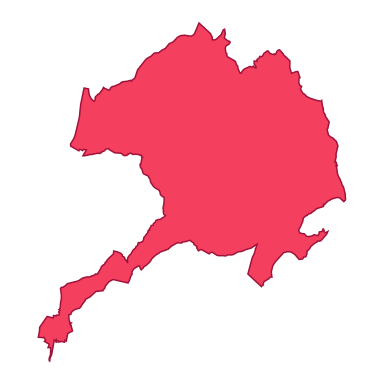 the district of Nicolás Bravo, Puebla, Mexico
{"feature_id": "50627088B2780893522991", "entity_name": "Nicolás Bravo", "entity_type": "district", "adm_level": 2, "iso_a3": "MEX", "parent_name": "Mexico", "parent_adm1": "Puebla", "projection": "natural_earth1", "projection_center": [-97.351, 18.613], "detail": "fine", "context": "isolated", "style": "filled", "palette": "rose", "viewbox_px": 384, "rotation_deg": 0, "n_neighbors": 0, "source": "geoboundaries", "source_scale": "gbopen_adm2", "svg_char_len": 5898}
<svg xmlns="http://www.w3.org/2000/svg" viewBox="0 0 384 384"><path d="M86.5,277.0L82.7,278.0L78.3,280.9L67.3,283.7L65.5,285.7L64.2,286.3L63.4,287.2L61.6,287.3L60.5,288.3L61.4,295.3L61.3,299.1L60.6,302.5L60.1,308.2L58.9,309.6L60.0,310.4L58.6,312.1L59.4,313.0L59.1,315.0L56.4,315.2L56.2,315.9L53.5,315.5L53.2,317.9L47.1,316.5L39.7,327.2L39.4,331.6L38.3,337.2L42.8,337.7L43.9,337.3L45.6,340.1L44.4,341.4L49.3,344.2L48.0,347.6L50.7,347.7L50.5,354.7L49.5,357.2L49.1,359.2L49.2,360.6L49.7,361.0L50.1,357.9L51.6,354.8L54.3,340.0L55.1,340.7L56.2,339.8L56.0,342.8L56.7,340.8L58.5,341.1L58.3,342.1L61.9,341.5L64.6,342.2L65.0,340.2L66.3,341.0L67.7,333.5L72.5,331.0L71.0,325.2L70.7,325.4L69.8,323.8L71.2,323.0L70.3,322.7L69.5,321.5L69.0,319.6L68.8,314.7L70.8,314.4L71.4,312.5L72.9,310.8L75.6,309.2L79.3,308.3L80.6,307.2L82.0,304.7L85.2,300.6L85.3,299.5L90.3,296.7L95.8,291.5L103.0,290.7L103.2,289.9L104.6,288.5L105.5,285.9L108.9,281.8L113.0,279.5L128.1,283.0L128.3,282.1L129.2,281.0L131.2,275.2L132.1,274.3L131.9,272.1L133.3,269.4L135.5,267.7L138.5,266.0L139.4,265.9L140.6,269.1L141.3,269.8L142.9,268.3L144.4,266.2L145.6,265.8L149.7,262.2L152.2,258.3L155.6,255.2L159.3,252.9L160.1,252.1L168.2,249.2L171.2,246.3L177.2,242.8L181.7,243.0L182.8,241.9L185.4,241.7L189.8,240.3L194.0,243.3L193.8,244.2L197.0,246.7L196.7,247.9L198.4,250.8L201.1,249.4L209.2,253.9L210.7,252.5L212.1,252.2L217.0,255.3L218.9,255.7L222.7,255.6L224.4,255.9L226.1,255.8L228.1,254.8L230.6,255.0L233.2,254.6L238.0,251.9L241.8,251.4L245.9,249.6L251.3,248.0L257.0,244.2L255.9,248.2L255.4,248.6L255.4,249.9L254.2,253.7L252.3,257.5L247.9,274.0L261.4,286.6L262.0,285.7L263.0,285.4L263.6,282.3L265.0,281.0L268.6,278.9L270.6,276.8L271.9,277.1L271.3,271.7L272.8,265.7L275.2,262.0L283.6,252.7L287.1,251.7L289.9,251.8L291.5,252.3L295.0,254.6L299.1,259.5L302.4,259.0L302.9,258.7L303.5,257.1L305.8,256.8L306.9,254.0L307.1,251.1L308.3,250.2L310.4,247.5L310.8,246.4L314.9,243.1L316.8,242.2L318.0,240.9L319.3,241.2L321.0,240.6L326.7,234.1L327.8,231.5L326.1,232.5L325.3,232.5L324.3,231.6L323.6,229.2L323.2,228.9L322.0,231.5L319.3,231.9L319.0,233.9L317.6,235.6L314.1,234.7L311.6,236.1L308.5,236.6L306.4,236.2L304.5,233.9L300.6,233.3L299.2,232.0L298.8,229.5L300.4,226.9L302.9,220.9L303.3,218.0L306.3,215.5L307.1,215.5L308.0,214.5L311.7,212.8L311.9,212.2L313.5,211.4L316.7,208.6L323.5,206.5L323.3,203.7L324.0,205.0L327.7,201.3L331.9,199.0L335.6,197.8L338.0,197.5L339.7,197.8L343.8,201.6L345.2,200.3L345.7,198.6L345.3,197.5L345.3,194.3L343.4,186.7L342.0,184.9L341.5,182.4L340.5,180.9L340.3,179.7L338.3,176.1L337.5,173.7L336.6,167.2L336.1,166.0L337.3,165.7L336.8,164.4L336.3,164.7L336.4,162.9L336.1,162.1L334.9,162.1L336.1,157.3L336.1,153.6L337.9,145.9L336.4,141.5L332.6,137.8L330.9,137.1L328.6,135.2L327.0,129.4L327.8,128.5L329.2,122.0L325.5,116.4L325.2,114.8L323.5,112.2L323.3,108.5L322.3,105.5L321.7,100.6L321.2,101.2L316.4,100.3L309.5,98.0L306.6,96.4L304.3,94.0L303.2,93.7L300.5,89.2L301.6,86.4L299.7,85.2L298.8,82.5L299.0,78.3L300.0,77.7L297.9,71.6L296.4,71.5L291.5,73.3L289.8,68.0L289.9,60.9L285.4,56.5L283.9,55.5L283.2,53.8L279.5,49.8L278.1,50.2L276.9,51.4L275.9,53.8L275.2,54.5L274.6,54.6L274.3,53.9L272.7,54.5L269.8,53.3L268.2,51.0L267.1,51.0L263.9,53.4L262.2,56.6L259.8,56.4L259.4,57.6L256.9,59.7L257.0,61.3L254.1,61.0L254.2,64.0L255.8,66.3L256.2,67.7L255.2,67.9L253.8,66.8L253.5,66.1L251.7,67.2L250.0,66.4L244.4,69.0L242.9,70.3L241.0,73.3L240.1,73.1L238.1,68.9L237.7,66.1L236.3,64.4L235.7,62.0L234.6,60.7L227.5,56.8L226.7,54.9L226.8,53.5L226.1,53.2L225.8,52.5L225.3,48.8L225.5,47.1L226.4,45.6L228.9,44.3L229.1,43.3L230.0,42.8L230.2,42.2L229.7,41.4L227.6,40.7L224.7,38.3L224.4,37.6L225.3,33.7L224.6,29.2L223.3,29.8L221.2,34.6L217.1,38.5L215.1,39.9L212.3,39.8L212.2,37.1L210.4,33.5L199.0,23.0L194.4,33.9L192.9,35.3L191.1,36.1L189.8,36.1L184.7,35.2L180.6,35.6L177.5,37.3L173.0,42.0L169.1,43.8L165.3,48.5L162.2,50.0L158.7,52.7L154.3,53.1L150.9,56.3L148.1,57.7L145.8,59.5L137.7,69.7L134.8,78.2L131.9,80.3L131.4,81.1L130.7,80.3L130.2,80.4L126.5,81.5L126.1,81.3L122.3,81.9L122.1,82.3L121.0,82.6L119.7,83.9L114.0,86.3L112.2,86.6L110.5,88.0L110.2,88.9L109.1,90.3L104.4,88.2L103.5,87.4L102.0,90.4L100.6,91.8L99.5,93.7L98.3,94.0L95.3,97.0L95.2,98.4L95.5,98.5L94.8,100.6L93.8,101.3L90.9,98.3L89.7,95.9L89.0,93.6L88.5,88.9L84.1,88.0L80.7,104.3L79.3,117.7L75.2,134.9L73.9,138.5L70.6,143.8L70.6,146.1L78.9,150.8L79.7,149.3L82.7,150.6L83.6,149.4L86.4,149.9L82.9,155.8L83.6,155.9L88.6,155.0L89.7,154.5L91.2,154.6L97.6,153.2L99.8,153.5L101.0,152.5L101.5,152.6L101.6,152.0L104.7,150.7L105.7,149.2L108.3,148.6L108.9,149.3L109.6,149.5L109.7,149.9L114.7,152.8L120.7,153.2L122.0,153.8L122.4,154.5L124.5,155.7L125.4,155.4L126.2,155.6L127.9,154.7L128.2,153.8L128.7,154.0L130.5,153.1L133.1,154.5L134.4,154.2L137.6,154.4L138.9,154.6L139.5,155.1L140.1,154.9L141.5,155.4L141.5,156.8L142.6,157.3L141.8,158.2L140.9,163.9L140.0,164.2L140.5,167.4L141.8,169.1L143.3,173.6L146.1,175.1L146.8,175.1L148.5,176.4L148.6,177.1L150.0,179.2L150.6,182.2L153.4,186.4L156.3,188.7L158.8,189.9L160.0,192.1L160.2,193.9L160.8,195.1L162.9,196.9L164.2,197.4L164.0,202.9L163.0,208.2L163.5,211.1L163.3,212.1L163.9,214.5L165.4,215.6L164.1,216.9L161.6,218.3L160.4,219.4L158.7,219.4L156.0,220.4L155.0,222.4L153.4,223.6L153.2,225.1L151.2,225.5L150.8,226.9L149.1,229.3L149.6,230.2L148.1,230.7L147.6,233.0L146.5,234.0L144.8,236.6L144.0,237.1L143.3,240.3L142.5,241.6L139.4,242.8L138.6,242.5L138.2,242.8L137.5,245.5L135.7,247.0L135.7,248.0L133.3,249.8L131.2,253.3L131.1,253.8L129.5,255.2L128.0,257.3L127.4,259.5L127.7,263.1L127.1,261.6L126.8,261.6L125.8,260.0L125.0,259.6L124.8,258.1L124.1,257.0L122.8,256.5L122.3,255.8L122.4,255.0L120.8,253.3L117.5,251.9L113.7,251.0L113.4,254.0L109.1,257.9L106.7,260.7L106.5,261.4L105.2,262.4L105.2,263.1L104.0,264.8L103.4,264.8L101.4,266.6L101.0,268.0L97.3,274.3L95.7,273.9L93.5,275.6L92.7,275.5L89.7,276.9L86.5,277.0Z" fill="#f43f5e" stroke="#9f1239" stroke-width="1.5"/></svg>